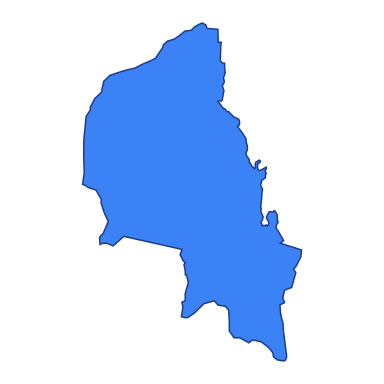 Barkeol, Assaba, Mauritania
{"feature_id": "47542326B92526973547543", "entity_name": "Barkeol", "entity_type": "district", "adm_level": 2, "iso_a3": "MRT", "parent_name": "Mauritania", "parent_adm1": "Assaba", "projection": "robinson", "projection_center": [-12.286, 16.647], "detail": "fine", "context": "isolated", "style": "filled", "palette": "blue", "viewbox_px": 384, "rotation_deg": 0, "n_neighbors": 0, "source": "geoboundaries", "source_scale": "gbopen_adm2", "svg_char_len": 2583}
<svg xmlns="http://www.w3.org/2000/svg" viewBox="0 0 384 384"><path d="M83.8,140.2L83.7,155.1L84.2,172.9L82.6,184.3L86.3,185.9L87.9,187.4L96.0,190.1L98.8,195.1L101.4,199.5L101.0,202.5L103.6,210.9L104.9,214.3L108.3,221.4L103.3,233.2L100.4,236.3L99.5,237.9L100.1,244.5L102.4,243.3L106.8,243.2L113.1,245.9L123.8,236.4L132.4,238.3L182.0,249.4L180.1,254.7L183.0,260.6L185.3,262.8L184.0,264.5L185.2,270.9L185.4,275.0L186.5,274.9L188.3,282.7L185.2,293.4L185.2,300.6L181.9,302.3L182.9,306.7L182.2,311.4L181.4,316.7L184.6,317.6L187.8,317.6L194.7,312.8L203.9,303.7L214.3,300.8L218.0,305.1L225.5,306.3L228.7,310.4L229.3,321.6L229.3,331.0L234.0,337.7L240.0,337.9L248.9,342.8L252.4,339.9L261.3,341.8L269.1,348.0L272.9,352.9L273.5,356.9L277.2,359.9L284.1,361.0L285.8,359.7L286.7,356.5L283.4,330.6L283.0,323.4L281.2,316.6L280.4,312.0L280.0,304.8L284.5,302.7L282.8,297.8L284.6,290.2L291.7,287.4L294.6,277.1L295.8,272.6L293.5,269.1L295.8,266.7L300.9,256.8L301.4,249.9L280.2,243.2L283.7,240.6L278.1,230.9L276.1,228.3L276.2,225.8L277.3,223.5L278.2,221.9L277.1,220.0L277.4,218.5L277.2,214.8L275.5,211.7L274.3,210.5L274.2,210.5L273.2,212.2L270.0,211.5L268.8,212.1L266.8,216.4L266.4,218.0L268.2,221.2L268.9,223.2L268.4,224.7L267.5,226.2L266.2,224.9L264.9,225.6L262.2,225.7L262.2,224.3L261.4,223.7L260.9,222.5L261.0,222.0L262.2,220.3L262.6,219.4L263.1,216.8L260.9,211.6L261.3,208.4L260.7,207.1L261.7,197.8L262.1,192.4L262.5,189.0L260.5,185.0L261.5,182.7L261.7,180.2L262.8,179.7L265.4,177.8L265.5,174.6L266.3,173.6L265.1,171.1L266.3,168.7L266.3,167.2L263.2,168.8L260.1,170.5L258.3,170.1L257.4,167.1L257.9,163.7L258.0,163.7L259.9,162.6L260.5,161.2L259.3,160.1L256.8,161.6L255.8,162.1L255.2,163.9L255.4,167.3L254.5,168.8L251.6,165.7L250.4,163.2L249.4,162.5L249.2,159.4L247.1,156.6L245.9,153.7L247.4,149.5L247.2,145.4L246.1,141.9L246.1,138.9L242.0,132.4L237.5,126.5L239.4,125.0L239.6,121.7L238.7,119.2L233.8,116.9L230.3,113.5L228.7,111.6L227.0,111.6L224.8,108.7L223.7,108.9L219.2,102.8L217.8,101.6L219.0,100.7L221.1,101.1L222.2,100.3L223.2,94.6L223.4,91.6L223.6,92.6L223.9,90.6L222.7,87.0L222.6,85.1L224.2,82.5L224.2,80.5L223.4,78.1L225.3,72.6L224.7,69.1L224.7,66.1L224.6,63.2L222.3,63.0L220.3,60.9L220.8,45.1L221.3,42.3L218.2,42.3L217.9,29.3L207.0,28.4L205.9,24.9L202.2,23.0L199.1,24.3L194.4,26.9L191.5,30.2L184.9,31.1L179.9,35.2L174.3,39.1L167.5,41.1L163.3,44.9L162.7,47.5L155.5,58.2L150.1,61.0L142.2,64.3L134.8,68.1L128.2,69.6L123.2,71.0L120.3,71.9L109.9,75.3L103.7,81.4L101.4,92.3L94.8,98.5L90.4,107.0L90.3,110.0L86.1,116.5L85.1,127.0L83.8,140.2Z" fill="#3b82f6" stroke="#1e3a8a" stroke-width="1.5"/></svg>